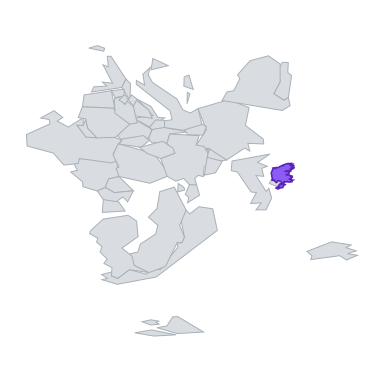 where Ireland sits in Europe, rotated 181°
{"feature_id": "IRL", "entity_name": "Ireland", "entity_type": "country or territory", "adm_level": 0, "iso_a3": "IRL", "parent_name": "Europe", "parent_adm1": "", "projection": "natural_earth1", "projection_center": [-8.443, 53.42], "detail": "fine", "context": "in_parent", "style": "filled", "palette": "violet", "viewbox_px": 384, "rotation_deg": 181, "n_neighbors": 37, "source": "natural_earth", "source_scale": "50m", "svg_char_len": 10897}
<svg xmlns="http://www.w3.org/2000/svg" viewBox="0 0 384 384"><g transform="rotate(181 192 192)"><path d="M178.0,52.2L204.3,50.2L224.6,55.7L214.7,57.7L209.0,66.9L203.9,67.1L178.0,52.2ZM281.0,107.9L270.3,110.8L271.1,106.7L264.7,104.4L253.2,113.3L236.2,109.0L231.1,114.7L222.3,113.8L205.2,136.7L205.9,141.2L201.2,141.1L198.8,146.9L203.0,165.9L197.6,173.9L193.9,170.0L184.8,177.4L171.0,175.6L166.0,154.1L226.3,106.4L265.1,98.4L280.4,102.7L275.0,104.2L281.0,107.9ZM246.8,50.2L230.0,53.4L205.5,48.9L227.5,47.3L246.8,50.2ZM239.6,61.4L230.8,63.5L223.1,62.3L225.6,61.0L222.6,59.3L230.9,58.3L239.6,61.4Z" fill="#d9dde1" stroke="#a8b0b8" stroke-width="1"/><path d="M158.1,224.6L188.6,239.0L178.6,254.6L187.5,275.5L157.1,284.9L136.4,277.4L139.8,259.5L121.7,246.2L121.1,241.3L137.0,241.6L135.0,233.9L140.1,236.8L158.1,224.6ZM195.8,290.1L198.5,280.2L198.4,291.6L195.8,290.1Z" fill="#d9dde1" stroke="#a8b0b8" stroke-width="1"/><path d="M197.6,173.9L203.7,158.4L198.8,146.9L201.2,141.1L205.9,141.2L217.2,117.1L233.8,110.6L248.6,117.6L252.9,129.2L245.1,130.9L242.8,139.0L227.7,149.3L225.6,158.1L235.1,166.1L226.7,174.8L224.2,191.8L209.9,196.6L197.6,173.9Z" fill="#d9dde1" stroke="#a8b0b8" stroke-width="1"/><path d="M286.7,191.3L301.2,195.4L301.6,200.2L313.6,209.9L306.8,211.7L310.6,218.2L305.2,223.5L268.0,221.7L265.3,206.2L275.5,203.7L278.8,195.0L286.7,191.3Z" fill="#d9dde1" stroke="#a8b0b8" stroke-width="1"/><path d="M336.1,262.0L344.5,263.3L331.4,270.9L322.5,264.2L328.1,260.6L316.7,254.8L302.1,264.4L301.9,256.6L308.1,256.7L299.0,245.1L279.0,247.7L263.5,243.1L271.3,229.5L268.0,221.7L273.1,219.7L305.2,223.5L306.2,218.6L320.5,216.7L331.4,228.5L357.7,235.1L358.5,246.6L335.0,257.7L336.1,262.0Z" fill="#d9dde1" stroke="#a8b0b8" stroke-width="1"/><path d="M265.3,206.2L268.3,214.3L265.4,215.7L271.6,227.6L266.6,239.0L230.4,229.5L217.5,212.4L217.1,207.2L234.2,200.0L265.3,206.2Z" fill="#d9dde1" stroke="#a8b0b8" stroke-width="1"/><path d="M236.5,245.1L232.3,254.9L225.1,256.7L196.9,252.1L215.3,249.6L217.9,240.0L233.4,240.6L236.5,245.1Z" fill="#d9dde1" stroke="#a8b0b8" stroke-width="1"/><path d="M263.5,243.1L267.3,246.7L259.7,257.5L246.2,261.3L233.2,253.8L236.5,245.1L263.5,243.1Z" fill="#d9dde1" stroke="#a8b0b8" stroke-width="1"/><path d="M287.9,244.4L299.0,245.1L308.1,256.7L301.9,256.6L299.5,263.1L297.5,254.1L287.9,244.4Z" fill="#d9dde1" stroke="#a8b0b8" stroke-width="1"/><path d="M299.5,263.1L307.1,264.5L303.0,275.4L272.2,274.6L255.5,258.7L269.4,245.3L287.9,244.4L297.5,254.1L299.5,263.1Z" fill="#d9dde1" stroke="#a8b0b8" stroke-width="1"/><path d="M278.8,195.0L275.5,203.7L265.3,206.2L250.6,192.2L269.6,190.0L278.8,195.0Z" fill="#d9dde1" stroke="#a8b0b8" stroke-width="1"/><path d="M280.5,182.8L286.7,191.3L278.8,195.0L269.6,190.0L250.6,192.2L256.2,181.0L261.0,185.9L269.2,179.6L280.5,182.8Z" fill="#d9dde1" stroke="#a8b0b8" stroke-width="1"/><path d="M281.3,170.0L280.5,182.8L265.1,180.8L258.6,171.8L281.3,170.0Z" fill="#d9dde1" stroke="#a8b0b8" stroke-width="1"/><path d="M217.1,207.2L223.8,224.9L209.8,230.6L217.9,240.0L215.3,249.6L185.9,248.5L188.6,239.0L180.8,237.8L177.1,231.5L176.0,219.9L180.3,217.4L180.9,207.6L186.3,208.7L189.5,205.5L187.5,199.2L194.7,199.1L200.5,205.5L208.3,202.5L217.1,207.2Z" fill="#d9dde1" stroke="#a8b0b8" stroke-width="1"/><path d="M270.3,271.8L272.2,274.6L303.0,275.4L301.6,287.2L274.3,291.9L270.3,271.8Z" fill="#d9dde1" stroke="#a8b0b8" stroke-width="1"/><path d="M297.7,334.1L289.0,336.7L281.9,334.2L282.7,331.2L297.7,334.1ZM264.0,295.3L294.3,290.3L291.9,295.4L279.1,296.4L283.4,300.3L273.3,299.4L283.2,317.6L277.8,315.7L279.1,326.2L275.4,326.3L260.0,303.8L264.0,295.3Z" fill="#d9dde1" stroke="#a8b0b8" stroke-width="1"/><path d="M264.0,295.3L260.0,303.8L255.4,299.4L255.5,282.5L264.0,295.3Z" fill="#d9dde1" stroke="#a8b0b8" stroke-width="1"/><path d="M235.5,256.2L251.7,264.9L232.2,267.7L248.6,283.9L234.5,276.8L227.4,266.0L220.6,265.6L235.5,256.2Z" fill="#d9dde1" stroke="#a8b0b8" stroke-width="1"/><path d="M197.3,249.2L202.0,256.3L185.7,261.2L178.7,257.7L182.0,249.1L197.3,249.2Z" fill="#d9dde1" stroke="#a8b0b8" stroke-width="1"/><path d="M175.8,231.8L178.2,236.0L175.4,235.5L175.8,231.8Z" fill="#d9dde1" stroke="#a8b0b8" stroke-width="1"/><path d="M177.4,226.9L175.4,235.5L158.1,224.6L170.9,222.4L177.4,226.9Z" fill="#d9dde1" stroke="#a8b0b8" stroke-width="1"/><path d="M180.0,209.0L177.4,226.9L162.2,223.3L168.8,211.6L180.0,209.0Z" fill="#d9dde1" stroke="#a8b0b8" stroke-width="1"/><path d="M97.3,288.1L101.6,285.3L111.9,291.6L105.8,303.8L108.5,314.6L103.9,323.3L98.0,323.1L98.3,313.3L94.5,310.0L97.3,288.1Z" fill="#d9dde1" stroke="#a8b0b8" stroke-width="1"/><path d="M106.1,321.5L105.8,303.8L111.9,291.6L101.6,285.3L97.3,288.1L95.4,280.1L103.1,275.1L163.5,284.0L158.9,292.6L151.9,294.1L146.2,306.0L148.5,310.0L136.1,324.4L117.9,329.5L106.1,321.5Z" fill="#d9dde1" stroke="#a8b0b8" stroke-width="1"/><path d="M202.2,253.5L220.6,256.1L221.9,262.4L213.3,263.9L215.4,272.8L249.6,298.7L249.5,302.5L241.2,298.1L243.2,308.8L236.1,315.8L237.9,308.4L233.4,300.8L208.7,284.8L202.5,274.0L195.1,270.9L187.5,275.5L183.2,259.7L202.2,253.5ZM218.0,317.9L235.0,313.5L233.5,324.8L218.0,317.9ZM192.6,294.6L202.0,297.7L201.8,306.9L197.1,308.8L192.6,294.6Z" fill="#d9dde1" stroke="#a8b0b8" stroke-width="1"/><path d="M194.7,199.1L187.5,199.2L184.4,188.9L196.2,181.2L195.1,186.6L198.7,189.4L194.7,199.1ZM206.4,191.7L205.9,200.3L200.2,196.6L199.2,193.9L206.4,191.7Z" fill="#d9dde1" stroke="#a8b0b8" stroke-width="1"/><path d="M112.2,206.5L105.1,205.2L105.0,198.1L114.9,201.9L112.2,206.5ZM128.3,209.5L117.9,193.9L115.2,197.0L112.2,187.3L117.7,175.4L127.7,175.3L122.6,182.3L133.2,181.5L127.7,192.6L132.9,193.0L146.9,212.7L153.2,214.0L152.5,223.7L114.7,231.3L126.9,222.8L117.2,219.0L122.6,216.9L120.6,208.9L128.3,209.5Z" fill="#d9dde1" stroke="#a8b0b8" stroke-width="1"/><path d="M72.1,126.5L70.9,130.4L76.1,134.6L51.5,144.6L32.0,141.8L36.9,139.0L26.8,136.0L35.3,133.0L25.5,131.6L36.3,126.7L43.3,130.9L72.1,126.5Z" fill="#d9dde1" stroke="#a8b0b8" stroke-width="1"/><path d="M220.6,256.1L233.2,253.8L235.5,256.2L229.5,263.4L220.7,263.1L220.6,256.1Z" fill="#d9dde1" stroke="#a8b0b8" stroke-width="1"/><path d="M271.1,106.7L270.7,115.0L278.8,119.0L275.7,123.5L282.9,130.4L281.0,135.7L286.5,140.2L285.5,144.3L293.7,148.5L292.6,151.7L280.3,163.4L255.5,167.6L246.9,162.0L245.1,146.5L261.1,134.7L250.8,126.8L248.6,117.6L233.8,110.6L253.2,113.3L264.7,104.4L271.1,106.7Z" fill="#d9dde1" stroke="#a8b0b8" stroke-width="1"/><path d="M265.4,238.6L262.4,243.8L241.5,247.6L235.7,242.7L243.8,235.8L265.4,238.6Z" fill="#d9dde1" stroke="#a8b0b8" stroke-width="1"/><path d="M223.8,224.9L237.8,229.9L245.3,235.8L222.1,242.2L211.7,235.4L209.8,230.6L223.8,224.9Z" fill="#d9dde1" stroke="#a8b0b8" stroke-width="1"/><path d="M249.1,282.7L236.6,273.1L233.1,264.9L251.9,267.4L253.3,276.4L249.1,282.7Z" fill="#d9dde1" stroke="#a8b0b8" stroke-width="1"/><path d="M270.4,285.0L274.3,291.9L261.5,293.6L261.7,286.9L270.4,285.0Z" fill="#d9dde1" stroke="#a8b0b8" stroke-width="1"/><path d="M248.1,260.2L255.5,258.7L270.3,269.4L271.2,284.1L266.0,285.6L261.0,278.4L258.3,281.6L252.1,276.7L248.1,260.2Z" fill="#d9dde1" stroke="#a8b0b8" stroke-width="1"/><path d="M257.4,283.2L254.1,288.1L248.6,283.9L252.1,276.7L257.4,283.2Z" fill="#d9dde1" stroke="#a8b0b8" stroke-width="1"/><path d="M260.9,288.3L257.4,283.2L260.1,278.8L266.7,282.5L260.9,288.3Z" fill="#d9dde1" stroke="#a8b0b8" stroke-width="1"/><path d="M106.8,198.4L106.0,198.8L105.9,199.0L105.7,199.6L105.7,199.8L105.4,200.1L105.2,200.5L104.9,200.7L104.4,200.8L104.2,200.9L103.9,200.8L103.5,200.9L103.3,201.0L103.8,201.4L104.2,201.5L103.9,201.8L102.6,202.2L102.2,202.4L102.1,202.6L102.2,202.9L103.3,203.6L103.6,204.2L104.5,204.4L104.9,204.6L105.2,204.7L105.9,204.7L106.2,204.8L106.3,204.7L107.0,204.2L107.1,203.8L107.0,203.6L107.3,203.3L107.7,202.9L108.0,202.9L108.3,203.1L108.6,203.4L108.7,203.7L108.7,203.8L109.0,204.2L109.2,204.3L109.7,204.4L109.8,204.5L109.7,205.0L109.8,205.2L110.3,205.2L110.9,205.2L111.1,205.2L111.3,205.1L111.6,205.0L112.0,205.0L112.3,205.2L112.4,205.5L112.0,205.6L111.6,205.5L111.4,205.7L111.4,206.0L111.5,206.4L111.8,206.7L112.0,207.3L112.2,208.0L112.5,208.4L112.5,208.9L112.5,209.2L112.6,209.6L112.4,209.8L112.5,210.2L112.9,211.1L113.0,211.6L113.1,212.7L112.9,213.1L112.6,213.5L112.4,214.0L112.2,214.5L112.2,215.3L111.5,216.2L111.2,216.5L110.9,216.6L111.6,217.3L111.0,217.6L110.4,217.7L109.7,217.5L109.2,217.5L108.8,217.7L108.7,217.8L108.3,217.2L108.1,217.8L107.7,218.0L107.0,217.9L105.8,218.1L105.4,218.3L105.2,218.5L105.0,218.8L104.8,219.0L104.6,219.0L103.7,219.3L103.1,219.8L102.6,220.1L102.1,220.2L101.7,219.9L101.6,219.7L101.4,219.6L100.7,219.7L100.9,219.7L101.1,219.9L101.1,220.3L101.1,220.7L100.8,220.8L100.4,220.9L99.8,221.2L99.0,221.4L98.6,221.7L96.1,222.3L95.6,222.1L95.2,222.1L94.9,222.1L93.8,222.4L93.3,222.4L93.9,221.6L94.8,221.2L94.6,221.0L92.9,221.3L92.4,221.5L91.8,221.6L92.1,221.2L92.8,220.7L93.2,220.5L93.5,220.4L93.7,220.1L94.5,219.8L92.0,220.4L91.3,220.4L91.2,220.2L90.6,220.3L90.5,219.8L91.2,219.1L91.7,218.8L92.2,218.6L92.7,218.4L92.9,218.1L92.7,218.0L91.1,218.1L90.4,218.0L90.5,217.8L90.6,217.5L91.4,217.1L91.8,217.0L92.1,217.1L92.5,217.2L92.8,217.3L93.6,217.2L93.3,217.0L93.2,216.4L92.9,216.2L93.3,216.0L93.7,215.8L94.4,215.3L94.6,215.2L95.9,215.0L97.4,214.8L98.8,214.4L98.1,214.2L97.7,213.9L97.2,214.4L96.8,214.7L95.6,214.8L95.3,214.7L94.8,214.5L94.6,214.6L94.5,214.8L93.7,215.0L92.9,215.1L93.8,214.6L95.0,213.7L95.3,213.4L95.6,212.9L95.5,212.7L95.3,212.6L96.1,211.6L96.4,211.4L97.0,211.4L97.4,211.2L97.5,211.2L98.0,210.9L97.5,210.7L97.0,210.6L95.2,210.7L94.8,210.6L94.7,210.4L94.6,210.1L94.4,210.0L94.1,210.0L93.7,210.1L93.4,210.1L93.2,210.0L93.6,209.6L93.0,209.5L92.5,209.6L92.0,209.5L92.0,209.3L92.2,209.1L92.0,208.9L91.9,208.6L92.2,208.5L92.5,208.5L93.2,208.3L94.0,208.2L93.3,208.0L93.0,207.9L93.0,207.6L93.0,207.4L93.8,207.0L94.7,206.9L94.6,206.7L94.7,206.4L93.8,206.3L93.0,206.5L93.1,206.0L93.3,205.6L93.3,205.3L93.3,205.0L92.9,205.1L92.8,204.7L92.7,204.4L92.1,204.6L92.1,204.2L92.3,203.9L92.6,203.8L92.9,203.8L93.5,203.8L94.0,203.6L94.8,203.6L96.1,203.6L97.0,204.2L97.5,203.7L99.0,203.9L99.8,204.1L100.0,204.0L99.9,203.6L99.6,203.3L100.0,202.9L100.4,202.7L100.7,202.6L101.4,202.4L101.7,202.2L101.9,201.8L102.2,201.4L100.5,201.6L98.9,201.1L99.2,200.8L99.5,200.6L100.1,200.4L100.4,200.1L100.9,199.7L100.7,199.2L100.8,198.9L101.2,198.6L101.3,198.3L101.4,198.0L102.1,197.9L102.8,197.7L103.1,197.7L103.8,197.7L104.1,197.8L104.1,197.4L104.5,197.3L104.8,197.7L105.0,197.9L105.1,198.2L105.0,198.4L104.7,198.6L104.9,198.8L104.6,199.2L105.0,199.0L105.5,198.7L105.5,198.4L105.4,198.0L105.2,197.7L105.3,197.4L105.6,197.1L106.4,197.0L106.1,196.6L106.4,196.6L106.7,196.7L107.2,197.0L107.6,197.2L108.1,197.4L107.7,197.8L107.1,198.1L106.8,198.4ZM92.8,206.2L92.8,206.4L92.4,206.1L92.2,205.9L91.2,205.7L91.6,205.5L91.8,205.6L92.6,205.6L92.8,205.7L92.8,206.2Z" fill="#8b5cf6" stroke="#5b21b6" stroke-width="1.5"/></g></svg>